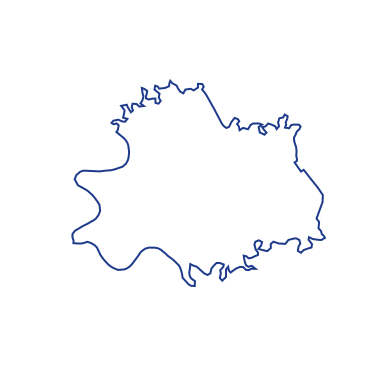 Três Barras do Paraná, Paraná, Brazil, rotated 55°
{"feature_id": "56859067B38476721445901", "entity_name": "Três Barras do Paraná", "entity_type": "district", "adm_level": 2, "iso_a3": "BRA", "parent_name": "Brazil", "parent_adm1": "Paraná", "projection": "orthographic", "projection_center": [-53.227, -25.448], "detail": "fine", "context": "isolated", "style": "outline", "palette": "blue", "viewbox_px": 384, "rotation_deg": 55, "n_neighbors": 0, "source": "geoboundaries", "source_scale": "gbopen_adm2", "svg_char_len": 3608}
<svg xmlns="http://www.w3.org/2000/svg" viewBox="0 0 384 384"><g transform="rotate(55 192 192)"><path d="M216.5,292.1L217.2,289.6L217.3,286.3L217.0,283.9L216.3,281.3L215.3,278.3L213.3,272.2L212.0,269.2L211.6,266.5L211.6,262.7L212.9,259.1L216.5,254.1L218.8,252.0L221.3,250.7L227.0,249.0L231.3,248.2L234.3,247.0L238.1,246.0L244.8,244.8L248.4,245.4L251.2,246.3L254.0,247.4L256.8,248.9L265.9,247.7L268.1,246.7L270.6,243.7L266.7,240.7L262.4,242.2L259.8,242.1L256.6,240.6L254.0,238.1L250.1,234.7L253.1,233.1L256.1,230.9L260.4,229.9L265.7,228.7L268.8,226.9L269.2,223.7L265.8,219.9L265.0,217.0L264.2,212.7L265.9,210.1L269.6,207.6L271.3,209.3L272.2,213.7L275.3,215.1L278.3,218.5L282.0,218.1L281.1,212.9L274.9,208.5L274.0,205.3L277.3,206.8L280.1,206.6L280.0,202.2L280.0,199.6L280.9,195.6L282.9,193.1L286.7,192.5L288.6,190.1L288.8,187.6L291.4,184.0L286.7,185.4L285.6,188.7L283.0,189.7L279.8,188.9L276.0,187.3L273.8,186.1L275.9,184.3L278.7,183.7L280.1,181.0L280.6,177.8L281.4,174.1L279.5,172.7L275.5,172.8L270.7,170.9L269.1,168.6L269.9,165.0L273.1,163.3L275.4,165.9L276.7,170.2L281.0,166.7L283.6,164.2L283.1,159.5L279.8,157.4L279.4,153.8L284.1,150.3L288.0,145.3L286.6,140.5L288.3,135.9L289.6,133.3L292.9,131.6L296.4,132.9L297.7,135.9L300.9,139.1L304.3,137.6L303.6,133.9L304.8,129.4L306.0,126.0L303.6,123.6L297.9,123.9L296.1,122.1L299.8,120.0L303.7,115.9L305.5,113.6L305.8,109.4L303.2,109.2L300.9,109.8L298.0,108.7L294.3,109.2L289.5,105.1L285.2,105.2L275.1,90.8L269.6,86.6L261.4,86.4L250.6,87.1L237.9,87.8L237.7,91.0L226.6,91.0L226.7,88.2L224.8,86.9L222.6,86.1L218.3,82.8L214.5,80.8L211.8,80.1L209.5,79.3L206.0,77.4L204.5,74.3L202.7,71.7L202.1,68.0L200.7,65.5L198.2,65.8L195.1,70.0L194.1,72.5L195.5,75.8L192.6,78.9L190.8,76.2L188.6,75.2L186.7,72.0L184.8,70.2L181.8,71.6L183.2,74.7L181.7,78.1L184.4,81.6L188.1,83.0L189.0,86.6L186.0,86.1L182.4,88.2L179.6,90.3L180.4,94.2L179.2,97.4L182.4,97.3L186.1,97.0L186.6,99.8L182.1,102.3L177.0,100.2L177.0,96.0L174.2,97.9L170.9,102.8L170.7,105.6L172.7,110.1L168.8,113.4L168.7,117.6L165.1,116.0L162.2,116.1L161.1,112.7L158.8,112.6L155.8,114.5L157.2,119.4L159.9,124.3L159.3,127.1L156.9,128.0L153.9,128.4L137.5,126.3L121.4,124.7L117.4,124.6L113.8,125.0L112.5,122.0L109.4,121.7L106.8,125.1L109.9,127.2L109.8,129.8L109.7,132.4L106.8,133.8L104.3,138.6L106.2,142.5L103.0,144.1L99.5,144.1L96.0,143.6L91.5,145.8L88.5,146.0L90.1,148.3L92.2,150.1L91.3,154.4L89.7,157.4L88.5,159.6L85.9,159.6L83.8,161.2L86.6,164.0L92.8,162.2L95.5,165.0L99.5,165.5L100.4,168.8L98.1,170.8L94.4,168.4L93.0,170.6L91.3,174.5L88.8,176.0L87.0,174.5L85.4,172.6L83.5,170.7L80.2,171.9L78.0,173.4L83.0,176.0L85.7,176.8L88.4,179.9L89.9,183.4L93.9,182.1L91.8,186.2L88.2,186.9L85.6,190.0L87.9,192.7L91.3,193.5L91.7,196.3L85.7,196.0L83.1,195.4L80.8,200.6L86.5,200.4L88.5,202.4L91.6,205.8L95.0,203.0L96.1,206.4L94.4,208.5L90.5,210.9L88.5,215.5L89.2,218.3L91.6,217.3L92.6,214.4L95.3,213.8L98.5,217.0L99.5,219.5L108.5,217.0L111.2,216.6L114.3,216.7L117.1,217.4L121.4,219.6L123.5,220.8L127.4,224.2L129.3,226.5L131.0,230.0L131.4,234.7L130.5,237.4L129.3,241.8L127.8,245.7L124.3,251.7L122.2,255.8L113.8,266.6L112.2,268.9L111.3,271.9L111.8,277.1L114.3,280.8L121.0,281.6L128.6,277.9L131.2,276.8L137.9,275.2L142.5,275.0L146.4,274.9L149.7,275.3L154.8,278.1L157.1,281.5L158.6,285.7L158.8,288.8L158.4,291.9L158.1,295.7L157.2,301.6L157.0,305.6L156.6,309.8L157.8,313.9L160.3,315.8L163.9,316.9L165.9,318.5L168.8,314.9L170.6,312.4L171.9,309.4L172.7,306.4L175.7,304.1L179.6,302.3L182.8,301.7L190.9,303.1L195.7,303.1L198.9,302.8L203.1,302.2L206.3,301.3L209.1,300.0L213.3,297.4L216.5,292.1Z" fill="none" stroke="#1e3a8a" stroke-width="2"/></g></svg>